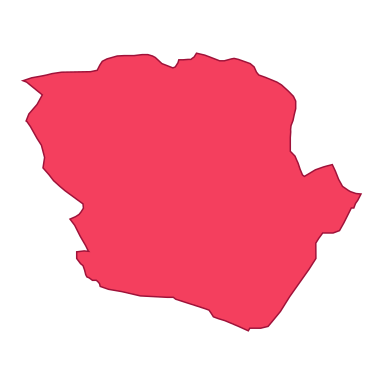 outline of Duhok, Dihok, Iraq
{"feature_id": "34846034B6031553398703", "entity_name": "Duhok", "entity_type": "district", "adm_level": 2, "iso_a3": "IRQ", "parent_name": "Iraq", "parent_adm1": "Dihok", "projection": "robinson", "projection_center": [43.064, 36.944], "detail": "fine", "context": "isolated", "style": "filled", "palette": "rose", "viewbox_px": 384, "rotation_deg": 0, "n_neighbors": 0, "source": "geoboundaries", "source_scale": "gbopen_adm2", "svg_char_len": 1956}
<svg xmlns="http://www.w3.org/2000/svg" viewBox="0 0 384 384"><path d="M196.5,53.2L194.1,57.0L192.1,58.4L191.0,59.4L188.2,59.4L183.1,59.8L178.8,59.8L178.0,62.7L175.3,66.9L172.9,67.9L161.9,63.6L155.3,57.5L152.5,56.0L147.8,54.6L142.3,54.6L134.1,55.6L124.3,55.6L117.2,56.0L107.0,58.9L102.3,61.3L99.9,65.0L97.2,70.3L90.5,71.7L61.5,72.2L52.1,73.6L46.6,75.0L42.7,75.8L39.5,76.4L31.7,77.8L23.0,80.7L26.6,82.1L32.5,86.9L42.3,94.9L37.1,104.4L28.9,113.9L26.1,121.0L26.9,121.5L30.5,126.7L37.1,138.5L41.4,145.2L43.0,151.3L44.6,157.5L43.0,167.9L48.9,174.6L53.6,180.7L59.9,186.4L65.0,190.7L83.0,203.9L83.4,208.2L81.0,212.0L79.1,214.4L75.5,216.7L70.0,219.1L74.7,225.3L80.2,236.2L85.7,245.7L88.4,251.2L88.5,251.3L87.0,251.2L84.9,251.0L84.2,250.9L83.5,251.0L76.7,251.8L76.7,258.5L80.6,263.7L83.0,265.6L84.5,269.8L85.3,272.9L85.7,274.6L86.9,276.9L89.2,277.9L92.4,280.3L93.8,280.3L95.0,280.3L96.3,280.3L97.9,281.7L99.5,283.6L100.2,286.4L104.2,287.8L108.5,289.3L121.8,291.6L140.3,295.9L167.0,297.3L168.4,297.3L171.9,297.3L173.3,297.3L175.7,299.2L185.9,302.5L205.1,308.7L209.0,310.1L211.0,313.0L213.4,316.8L218.5,318.7L224.8,320.6L238.1,326.2L248.3,330.8L249.8,328.2L260.7,328.2L268.1,326.4L273.5,319.9L280.4,311.5L289.7,296.6L309.0,269.3L315.9,258.5L315.8,243.1L318.8,238.3L322.7,233.0L333.1,233.0L339.5,230.6L343.9,222.8L351.3,208.0L353.8,208.0L355.5,203.5L357.8,200.2L361.0,194.0L355.9,193.5L350.4,191.6L348.0,190.2L345.3,188.3L342.5,186.4L338.6,179.3L335.4,171.2L332.3,164.6L326.8,166.0L323.3,167.0L315.4,169.8L304.4,176.4L302.5,175.0L300.1,169.3L298.1,163.2L296.6,159.9L295.0,156.1L290.3,151.3L290.3,146.1L290.3,142.3L290.3,137.6L290.7,131.9L290.6,129.5L291.0,125.7L293.0,120.5L294.2,114.8L295.7,108.7L295.7,101.1L293.4,96.3L288.3,91.1L281.6,85.0L276.9,82.1L265.5,77.4L258.8,75.0L256.5,72.2L254.1,66.9L250.2,63.6L246.3,62.2L238.4,59.4L234.1,58.4L231.4,58.9L224.3,60.8L219.6,60.8L209.8,57.0L204.7,55.1L196.5,53.2Z" fill="#f43f5e" stroke="#9f1239" stroke-width="1.5"/></svg>